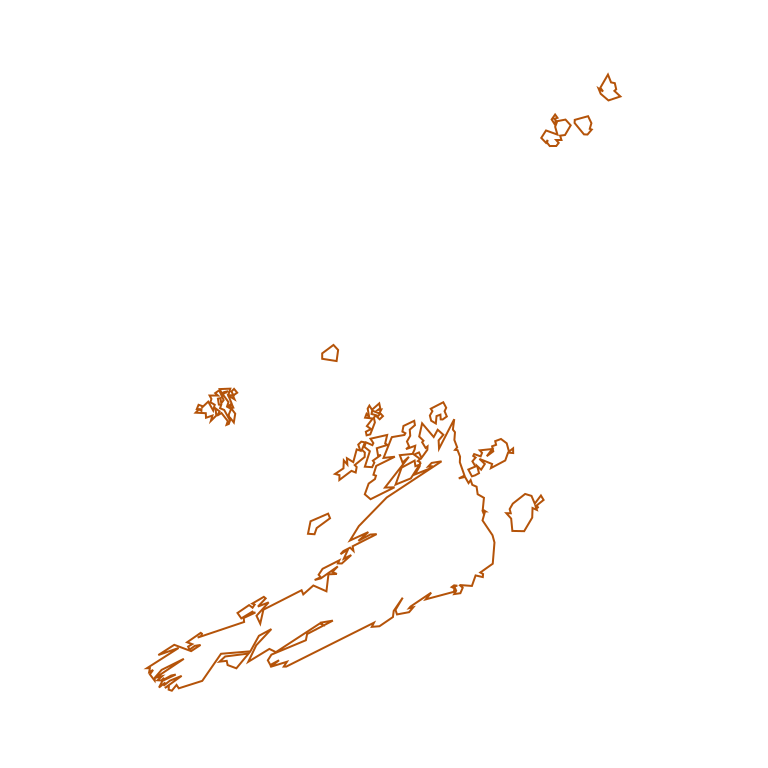 the district of Frøya nor, Sør-Trøndelag, Norway, rotated 348°
{"feature_id": "86288312B66000336849668", "entity_name": "Frøya nor", "entity_type": "district", "adm_level": 2, "iso_a3": "NOR", "parent_name": "Norway", "parent_adm1": "Sør-Trøndelag", "projection": "albers", "projection_center": [8.677, 63.836], "detail": "fine", "context": "isolated", "style": "outline", "palette": "amber", "viewbox_px": 768, "rotation_deg": 348, "n_neighbors": 0, "source": "geoboundaries", "source_scale": "gbopen_adm2", "svg_char_len": 6161}
<svg xmlns="http://www.w3.org/2000/svg" viewBox="0 0 768 768"><g transform="rotate(348 384 384)"><path d="M421.6,446.2L413.1,430.4L407.5,442.7L410.8,447.7L409.2,448.9L411.4,455.2L413.6,454.1L412.7,457.4L405.3,464.1L404.0,458.2L398.7,459.3L403.8,464.9L401.1,466.4L403.1,468.1L401.8,471.9L395.4,478.9L411.3,476.2L413.0,474.3L410.0,474.0L414.2,471.1L424.2,471.6L363.0,495.6L329.8,517.8L318.2,530.0L337.9,525.6L326.3,532.1L339.3,528.4L345.6,529.3L319.6,536.2L319.4,540.8L316.8,537.0L309.5,539.0L306.1,541.4L314.3,538.5L308.4,546.5L316.4,544.5L305.4,550.8L301.6,549.9L303.6,547.2L285.5,552.0L280.4,557.0L281.9,559.8L275.4,561.3L281.8,561.0L300.9,552.8L294.4,557.1L298.4,560.0L290.1,558.6L284.6,574.8L273.0,566.4L261.3,573.0L260.5,568.6L219.1,579.7L213.1,592.7L211.1,584.2L225.8,573.6L214.4,575.5L223.7,569.1L222.2,567.2L209.5,571.4L211.6,572.9L208.9,575.5L206.1,572.2L193.1,577.5L195.7,583.6L208.8,579.0L207.0,580.2L210.7,580.8L198.1,583.7L197.7,587.7L149.0,593.3L153.0,592.3L154.0,590.4L153.0,589.3L137.7,595.7L142.3,598.6L137.8,600.1L138.6,603.4L144.5,600.8L150.3,601.1L139.8,605.2L124.6,595.5L106.9,602.2L128.2,599.5L93.0,612.7L95.9,613.3L94.4,617.0L98.7,615.7L94.6,619.3L98.0,626.5L98.8,623.6L107.0,617.4L131.1,611.2L99.6,623.8L106.1,623.7L100.9,626.7L104.6,627.7L107.8,625.7L106.6,627.5L115.2,624.9L119.9,624.9L105.6,628.3L100.8,634.1L108.0,630.5L105.6,633.3L112.9,629.7L125.4,627.4L106.4,635.8L110.9,634.3L109.8,638.2L112.7,639.9L118.5,635.2L120.0,639.0L144.5,636.6L168.5,614.0L197.7,617.7L209.3,604.3L222.9,600.3L204.7,613.0L193.5,627.5L216.8,619.3L222.5,623.8L271.4,604.9L274.0,606.7L273.1,604.3L284.8,604.8L256.8,612.6L254.3,618.4L217.6,625.3L212.9,630.1L214.4,635.2L223.9,632.4L213.9,637.1L231.3,635.5L227.2,639.6L229.6,640.1L324.5,615.4L321.6,619.0L329.2,620.0L344.3,613.8L346.3,608.0L357.9,596.9L348.3,607.3L348.8,612.1L361.1,612.4L366.2,608.5L362.0,608.5L363.7,607.2L386.8,597.9L380.1,603.3L409.2,601.8L410.4,598.5L408.0,596.7L410.7,595.5L413.8,596.6L410.7,596.5L411.6,601.2L409.0,604.1L415.2,604.5L418.6,599.7L417.1,597.6L419.5,598.2L416.0,596.3L428.0,599.8L433.8,590.3L440.5,593.4L441.4,590.5L439.0,588.4L453.0,582.4L459.1,562.0L458.7,554.5L452.0,537.9L456.1,530.1L454.5,531.4L454.1,529.1L456.8,529.7L454.5,527.4L458.1,516.1L452.7,511.3L453.2,503.7L449.4,501.0L448.8,496.0L446.1,498.5L443.9,491.7L437.5,491.9L443.7,490.3L441.9,476.3L443.3,470.9L442.2,464.0L439.8,463.2L442.4,461.2L441.2,453.4L443.4,445.9L441.9,442.9L445.4,433.0L424.4,458.7L425.7,450.5L431.5,446.0L427.0,439.9L421.6,446.2ZM405.9,426.3L394.3,429.1L392.1,434.4L394.7,436.6L393.4,438.1L380.6,437.6L368.2,456.2L379.5,457.4L359.4,462.5L354.8,470.6L357.1,472.0L355.4,475.1L348.3,478.2L342.3,487.9L346.9,493.9L372.8,487.2L363.4,485.5L393.2,460.4L385.8,464.7L384.7,456.9L397.4,458.3L400.4,454.3L401.7,450.9L392.0,452.3L395.6,450.4L394.5,445.0L398.9,440.1L399.7,434.0L405.7,430.7L405.9,426.3ZM499.2,520.9L485.1,527.8L480.9,532.5L481.1,536.8L476.8,535.8L480.4,542.1L479.0,554.4L490.5,557.1L501.2,545.5L503.5,536.2L507.3,538.9L506.7,534.0L509.2,537.5L508.2,534.5L516.0,530.6L514.3,525.7L506.6,532.4L505.0,524.1L499.2,520.9ZM487.0,462.1L480.9,463.0L481.0,466.8L476.8,467.4L476.9,472.6L469.5,476.0L476.4,470.1L463.9,468.8L465.6,471.7L463.5,474.9L457.6,471.3L456.3,472.9L458.3,475.0L454.4,478.0L456.3,483.7L448.7,485.2L450.8,492.6L454.0,492.3L458.4,491.0L458.1,483.6L461.2,488.0L466.0,483.2L461.8,477.1L473.1,484.7L471.1,488.5L486.7,484.0L491.1,476.9L496.0,478.4L496.9,473.8L492.2,476.1L491.7,467.5L487.0,462.1ZM232.7,356.6L222.2,354.8L223.4,359.3L225.7,358.7L230.0,358.6L224.1,360.4L228.1,369.4L225.7,373.5L229.3,376.6L225.7,381.8L225.7,387.4L222.3,376.2L218.6,373.6L220.4,370.6L218.2,369.8L218.5,363.8L221.1,363.8L220.8,369.1L223.8,366.4L221.5,355.9L217.0,357.8L219.2,360.8L211.0,359.0L212.1,362.7L210.4,365.8L214.1,369.1L211.4,374.4L208.4,364.7L200.7,369.4L202.0,368.0L198.3,365.8L195.7,369.6L200.2,370.7L199.8,372.2L197.6,370.3L193.8,372.9L203.6,375.5L202.9,380.0L209.6,379.2L207.0,384.1L213.4,380.0L214.1,372.8L217.5,376.6L214.1,380.3L219.0,378.6L223.5,387.8L221.5,391.2L223.9,390.8L226.9,385.9L229.1,390.4L232.3,382.1L229.4,375.8L231.7,375.8L230.9,372.0L229.4,373.9L227.5,373.2L230.9,371.3L229.4,363.0L234.6,367.9L233.8,364.0L238.6,362.0L236.3,357.6L233.2,359.7L234.4,363.7L229.3,362.7L232.7,356.6ZM607.4,156.0L603.0,160.1L604.9,165.2L606.1,163.3L607.5,163.9L604.9,168.0L605.5,176.1L595.2,169.7L589.0,176.0L592.6,181.8L594.8,179.3L593.7,181.9L595.6,185.7L602.0,187.0L605.0,184.5L603.1,181.1L608.3,182.2L607.9,177.7L612.8,178.1L620.4,169.8L616.5,163.1L607.5,162.9L605.6,160.1L609.0,159.7L607.4,156.0ZM353.2,437.1L349.8,435.7L346.2,437.9L347.0,444.3L343.7,442.3L337.7,454.0L332.3,448.9L331.4,455.1L328.8,450.4L326.8,458.1L317.4,461.8L321.5,463.9L320.4,468.6L334.1,462.2L337.9,464.7L340.0,459.5L338.5,457.2L349.9,451.4L351.0,447.0L348.7,443.8L353.2,437.1ZM376.5,434.5L359.4,434.7L361.3,439.6L359.9,441.4L354.2,437.3L351.7,441.4L356.2,446.8L348.1,460.9L355.1,462.9L358.2,458.9L357.2,456.7L366.2,452.8L363.3,452.6L363.6,445.3L374.7,444.3L372.8,442.4L376.5,434.5ZM667.4,127.9L657.2,139.2L659.1,143.4L655.3,139.6L656.3,145.2L662.5,153.3L675.0,151.9L670.3,145.2L672.4,144.0L672.3,137.7L668.8,136.2L667.4,127.9ZM398.0,465.3L383.8,469.5L374.4,484.8L390.6,481.9L402.0,470.3L397.6,470.9L398.0,465.3ZM302.4,499.2L283.6,503.0L278.5,514.7L284.8,516.5L288.2,510.9L303.3,504.1L302.4,499.2ZM172.0,617.5L165.4,621.4L172.6,622.1L172.6,626.4L180.5,631.4L195.5,619.5L172.0,617.5ZM438.2,414.2L424.6,417.9L425.7,420.6L422.3,424.4L422.5,429.7L426.5,433.4L428.7,426.3L432.8,425.7L432.1,430.4L434.0,430.9L438.7,428.8L437.6,423.2L439.9,420.2L438.2,414.2ZM365.2,402.1L362.9,404.7L362.6,413.4L360.7,409.6L358.5,413.0L365.8,415.4L358.5,421.6L361.9,425.4L356.3,426.9L356.3,430.6L360.1,430.4L367.1,419.7L367.1,414.8L369.7,412.9L365.6,410.7L366.9,407.6L374.1,412.3L370.5,414.8L372.4,417.6L376.3,415.2L373.8,411.1L376.1,408.4L372.7,408.1L375.3,406.9L375.3,402.0L366.9,406.7L365.2,402.1ZM639.3,164.5L625.5,165.3L624.7,168.3L631.5,181.4L634.9,182.3L640.1,178.3L638.3,177.2L641.1,172.0L639.3,164.5ZM342.7,335.3L329.9,341.2L328.8,346.5L342.4,351.7L346.2,341.2L342.7,335.3Z" fill="none" stroke="#b45309" stroke-width="2"/></g></svg>